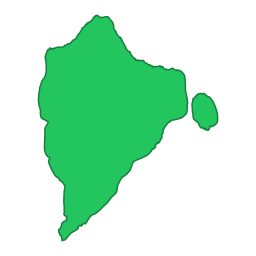 Tutuala, Lautém, East Timor
{"feature_id": "22284137B2107732035789", "entity_name": "Tutuala", "entity_type": "district", "adm_level": 2, "iso_a3": "TLS", "parent_name": "East Timor", "parent_adm1": "Lautém", "projection": "equal_earth", "projection_center": [127.23, -8.446], "detail": "fine", "context": "isolated", "style": "filled", "palette": "green", "viewbox_px": 256, "rotation_deg": 0, "n_neighbors": 0, "source": "geoboundaries", "source_scale": "gbopen_adm2", "svg_char_len": 5579}
<svg xmlns="http://www.w3.org/2000/svg" viewBox="0 0 256 256"><path d="M44.4,77.6L41.8,81.3L39.9,87.4L38.7,95.4L38.4,100.5L39.1,105.5L40.5,110.6L40.3,113.7L40.8,116.3L41.1,117.3L41.6,118.1L42.3,118.6L45.4,120.2L48.2,121.9L48.0,122.9L47.3,124.3L46.7,125.0L44.9,128.4L44.9,135.6L44.6,141.7L44.5,146.5L44.5,149.7L44.8,151.0L45.7,153.7L46.7,155.5L47.9,156.7L49.3,157.5L49.7,158.0L49.6,158.5L48.7,160.3L48.6,161.5L48.9,162.9L49.5,164.7L51.6,169.5L54.7,175.0L55.8,176.3L56.8,177.1L58.1,177.6L59.7,180.3L61.2,181.3L63.0,182.9L63.9,184.2L64.2,185.1L64.5,185.4L65.1,185.4L65.1,185.9L64.2,191.5L63.9,198.2L63.8,202.9L64.0,204.0L64.3,208.4L64.1,209.3L64.3,211.2L64.3,212.4L63.9,213.5L63.9,214.0L64.3,215.1L64.6,215.4L65.0,215.8L65.4,215.8L66.4,216.7L66.8,218.0L66.8,218.5L65.9,220.8L63.5,221.6L63.0,222.1L62.5,223.0L62.2,223.0L61.9,223.3L61.6,225.2L60.2,228.8L59.7,229.2L58.8,229.4L58.7,229.8L58.8,230.7L58.7,232.2L58.9,232.5L59.6,232.9L59.8,234.7L60.4,235.5L61.4,236.1L61.5,236.4L61.7,238.4L62.1,240.6L62.8,240.2L64.2,240.1L65.1,239.8L66.3,238.6L69.1,235.0L70.6,233.5L71.8,232.5L75.5,230.5L77.2,229.2L77.7,228.5L78.1,228.5L78.5,226.3L79.1,225.4L79.6,225.7L80.8,225.6L81.2,225.9L81.3,225.8L81.5,225.9L82.0,225.2L81.8,224.7L82.0,224.4L82.2,224.5L82.4,224.3L83.8,223.8L84.8,223.2L85.6,223.7L86.1,222.7L86.8,222.0L87.1,221.3L88.0,219.7L88.6,219.1L88.7,218.7L89.2,217.8L90.8,216.1L92.7,214.5L93.9,214.4L94.7,214.0L96.7,212.7L99.8,210.0L101.7,208.2L103.2,206.5L106.2,203.9L108.1,201.8L111.0,197.8L113.1,195.6L115.1,193.9L116.1,192.7L117.0,190.4L117.4,186.7L117.6,185.4L120.1,180.4L121.0,178.9L121.7,178.1L121.8,177.6L121.8,177.3L122.8,177.0L124.1,175.9L124.7,175.9L125.8,174.6L126.8,174.2L127.1,173.5L129.9,170.6L130.5,169.7L130.5,168.9L130.9,168.3L132.9,162.7L133.4,162.0L135.9,160.2L136.5,160.1L144.7,156.6L146.8,155.4L148.5,154.2L151.0,151.4L151.7,150.3L152.0,149.3L152.9,149.3L153.5,148.7L154.1,148.6L154.1,148.4L155.0,147.7L155.6,146.8L155.4,146.5L155.6,146.1L155.4,145.8L155.4,145.4L156.1,144.1L156.7,143.5L157.3,143.6L157.7,142.9L158.3,143.0L158.4,142.6L158.8,142.7L159.2,142.5L162.0,137.3L161.7,136.5L161.8,135.1L162.2,134.2L162.6,133.9L162.5,133.4L163.1,132.5L163.0,131.9L163.2,130.6L163.2,130.4L163.0,130.1L164.4,128.0L164.5,127.5L167.4,123.6L168.6,122.2L169.5,122.1L170.0,121.8L170.8,120.7L171.1,120.5L179.4,118.6L181.6,117.7L183.5,116.5L185.4,114.4L185.7,114.5L186.4,113.4L186.8,112.3L187.1,110.5L186.8,110.2L186.8,109.8L187.3,108.6L187.2,106.2L187.0,105.3L187.0,104.8L187.6,103.7L187.6,102.5L187.0,97.8L185.5,90.5L185.3,87.4L185.5,85.3L185.2,82.4L185.1,79.5L184.8,77.8L184.8,76.7L184.4,75.3L182.6,72.7L182.3,72.4L182.2,72.5L181.8,71.9L180.5,70.9L178.7,70.2L178.1,70.3L177.8,70.5L177.5,70.1L176.9,70.3L176.6,70.0L176.3,70.4L175.8,70.4L173.5,68.9L173.3,68.5L172.6,68.3L171.6,68.5L170.8,68.9L170.6,69.2L169.6,69.7L168.8,69.7L167.0,69.7L166.1,69.2L164.9,69.3L164.2,68.9L164.0,68.4L163.4,68.2L163.2,67.7L163.1,67.2L162.4,67.2L162.1,66.4L161.7,66.4L160.9,67.0L160.2,66.5L160.0,65.9L158.9,66.1L158.4,66.3L158.3,66.5L158.0,66.4L157.1,66.8L156.1,66.8L155.7,66.5L155.1,66.5L154.6,66.7L153.5,66.6L152.5,67.2L152.5,66.4L152.1,65.9L150.9,65.5L149.8,64.8L149.3,65.0L148.9,64.7L148.3,64.6L146.4,63.2L145.0,62.8L143.7,60.9L143.1,60.9L143.0,60.5L142.7,60.3L142.3,60.2L140.8,60.8L139.5,60.6L138.4,60.0L137.9,60.4L137.2,60.5L136.8,60.2L136.7,60.4L136.3,60.1L136.0,60.4L135.8,60.3L135.4,59.9L135.4,59.4L135.5,59.1L135.3,58.8L133.3,57.5L131.6,55.5L130.3,53.1L130.3,52.7L130.1,52.2L129.7,51.8L129.0,51.7L127.9,50.9L127.7,50.4L126.5,49.2L124.5,44.8L122.5,41.5L121.9,39.8L121.5,39.8L120.8,37.8L120.6,38.0L120.0,37.7L119.7,37.1L119.2,37.0L117.6,35.3L116.4,33.3L116.2,32.1L115.7,31.6L115.5,31.0L114.3,29.7L113.6,27.6L113.6,27.1L113.8,26.9L113.4,24.7L112.6,22.4L111.7,21.2L110.1,19.6L109.0,17.7L108.6,17.3L108.5,17.2L107.6,16.8L106.0,16.7L104.7,16.9L103.6,17.4L102.7,17.5L101.9,17.2L100.2,17.5L99.3,17.1L98.2,15.9L98.1,16.0L97.6,15.5L97.0,15.7L96.4,15.4L95.8,15.6L95.5,15.8L95.1,16.7L94.9,16.6L94.8,16.9L93.8,17.2L93.5,17.8L93.2,17.9L93.0,18.2L93.0,18.9L92.7,19.3L92.1,19.8L92.0,20.1L91.4,20.4L90.6,21.6L89.8,22.1L88.8,22.3L88.3,22.2L88.2,23.0L87.6,23.7L86.7,24.2L86.6,23.9L86.4,24.4L85.7,24.6L85.7,24.9L84.9,26.0L82.5,28.3L82.0,28.3L82.2,28.8L82.0,29.2L79.5,33.1L77.8,35.0L76.4,37.8L75.5,38.9L74.6,39.6L73.1,40.1L73.1,40.4L72.3,41.0L70.2,43.4L69.0,43.9L67.7,43.8L67.1,44.5L66.2,45.2L65.2,45.5L64.5,45.4L64.4,45.9L64.1,46.3L63.2,47.0L62.7,47.2L58.7,47.1L56.0,47.6L53.6,48.7L53.3,48.5L53.2,48.8L52.8,49.2L51.9,48.9L51.8,48.7L51.4,48.9L50.7,48.5L50.6,48.3L50.0,48.2L50.0,48.3L49.9,48.1L49.7,48.3L49.8,48.6L49.6,48.7L49.7,48.8L49.4,49.2L49.0,49.3L48.6,49.9L47.9,49.7L46.3,53.1L46.2,53.6L45.6,55.5L45.2,57.3L45.2,57.9L45.8,60.4L46.3,65.7L46.2,71.7L45.6,74.8L45.0,76.3L44.4,77.6ZM202.3,93.9L201.1,93.4L198.3,93.9L196.6,95.2L194.3,97.9L193.3,98.5L192.9,99.0L192.8,101.2L192.0,103.7L192.0,104.3L192.2,106.9L192.4,111.4L193.1,115.3L193.2,117.6L193.7,119.1L196.0,121.1L197.8,122.4L198.5,123.5L199.4,125.8L200.7,127.6L201.7,128.0L202.2,128.1L202.7,127.8L203.2,127.9L203.5,128.0L203.8,128.8L204.2,129.0L204.5,128.7L204.8,128.9L204.9,129.3L205.2,129.6L205.7,129.4L205.8,129.1L205.9,129.3L206.1,129.2L206.5,129.9L207.2,130.2L208.2,130.2L208.4,129.7L208.6,129.8L209.2,129.0L209.9,126.5L211.6,126.7L211.9,126.4L212.3,126.4L213.5,125.9L215.6,124.4L216.5,123.4L217.1,122.4L217.5,121.1L217.6,120.1L217.5,114.2L216.8,111.5L215.4,106.9L213.3,102.1L211.7,99.6L210.6,98.5L210.0,97.5L209.1,97.0L208.7,97.1L206.8,95.9L205.4,94.5L203.8,93.4L203.4,93.5L203.0,93.9L202.3,93.9Z" fill="#22c55e" stroke="#15803d" stroke-width="1.5"/></svg>